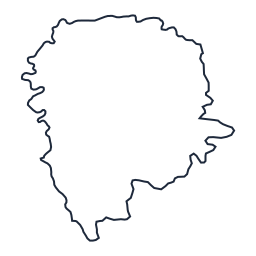 Byerazino, Minsk, Belarus (orthographic projection)
{"feature_id": "67162791B55727051267470", "entity_name": "Byerazino", "entity_type": "district", "adm_level": 2, "iso_a3": "BLR", "parent_name": "Belarus", "parent_adm1": "Minsk", "projection": "orthographic", "projection_center": [28.995, 53.791], "detail": "fine", "context": "isolated", "style": "outline", "palette": "slate", "viewbox_px": 256, "rotation_deg": 0, "n_neighbors": 0, "source": "geoboundaries", "source_scale": "gbopen_adm2", "svg_char_len": 3701}
<svg xmlns="http://www.w3.org/2000/svg" viewBox="0 0 256 256"><path d="M192.4,40.2L190.8,40.2L189.5,40.2L187.1,40.0L185.9,39.7L184.8,38.7L183.4,37.1L182.2,36.2L179.8,36.3L178.4,36.2L176.7,34.6L176.6,33.0L176.4,31.4L175.5,29.2L173.8,27.4L172.0,27.4L169.7,28.0L168.3,28.5L167.2,29.5L165.6,29.9L163.2,29.6L161.7,29.3L161.5,28.1L161.7,26.6L162.7,25.2L163.2,23.5L162.5,21.5L161.5,20.4L160.7,20.4L159.2,18.5L156.6,18.0L153.4,17.8L149.6,18.2L146.2,18.8L143.0,20.0L140.5,21.5L138.1,21.8L136.9,21.8L136.1,20.6L135.9,19.6L135.8,17.3L135.0,15.7L133.0,15.4L131.1,15.6L128.6,16.4L126.6,16.4L123.3,16.6L121.4,17.0L119.3,17.3L116.7,17.2L114.5,16.5L112.4,15.9L110.0,15.9L109.5,16.0L107.8,16.0L104.9,16.8L100.9,18.3L97.5,19.6L94.8,20.6L91.2,20.6L85.7,20.5L78.0,20.6L75.7,21.1L73.8,21.9L72.1,23.0L69.7,23.8L67.2,23.0L66.7,22.4L66.3,21.4L65.3,20.0L63.4,19.2L61.8,19.4L59.8,20.9L58.9,22.6L58.0,24.9L56.7,26.5L55.1,27.1L54.0,27.2L52.6,28.2L52.6,29.5L53.4,31.0L53.2,32.8L52.5,34.5L51.9,36.7L52.5,38.7L53.6,40.1L54.7,41.6L53.7,43.2L52.1,43.3L50.3,42.9L49.2,41.8L47.0,41.6L45.5,42.0L43.8,43.3L42.6,45.4L40.1,48.5L37.4,51.7L35.3,55.5L33.7,56.7L31.3,56.9L28.9,57.5L28.7,57.7L27.9,58.4L27.9,60.8L28.9,62.6L30.8,63.5L32.3,63.7L34.0,64.6L34.2,66.0L33.0,68.2L33.6,69.5L35.4,70.4L35.8,71.8L35.4,72.9L32.6,74.0L30.8,74.2L29.1,73.6L26.5,73.0L24.6,73.3L22.6,74.9L21.9,77.1L22.1,78.9L25.0,79.9L28.3,80.2L29.6,81.1L30.5,82.3L30.8,84.1L30.8,86.5L31.3,88.6L33.4,89.6L35.1,89.5L36.5,89.2L38.1,88.3L40.1,87.1L42.2,87.1L43.6,87.7L43.9,89.3L43.6,90.5L42.3,92.0L40.2,93.1L37.8,93.9L34.9,95.5L33.1,96.3L31.3,99.0L29.3,100.4L28.0,102.9L27.9,104.9L30.4,107.4L33.2,110.1L36.1,112.2L37.5,112.5L39.7,112.2L41.2,111.5L42.6,110.1L44.1,110.0L45.4,111.3L45.4,113.3L44.5,115.1L42.7,116.5L41.1,117.3L39.7,118.0L38.3,119.0L37.7,120.5L38.7,122.1L40.0,122.0L41.1,121.2L42.3,120.7L43.7,120.7L45.0,121.6L46.5,123.5L47.6,125.4L48.8,126.3L49.5,127.5L48.7,129.3L46.7,131.1L45.9,132.7L46.2,134.6L47.8,135.9L49.1,136.7L49.7,138.9L50.1,141.4L50.7,143.8L51.1,147.0L50.4,150.2L47.3,152.7L45.8,154.0L44.2,155.8L43.8,157.6L42.5,157.9L40.7,158.5L41.1,160.0L43.5,161.3L45.4,162.4L47.5,163.4L49.8,165.6L50.9,168.1L51.3,172.2L51.2,174.4L51.6,176.4L52.9,178.4L54.0,181.4L54.3,184.8L55.8,187.4L59.0,191.4L62.6,194.1L65.7,197.7L66.5,200.3L66.4,202.4L65.2,204.4L65.5,207.0L66.5,208.5L69.2,210.8L70.5,212.0L71.4,215.1L71.9,218.6L72.1,220.8L75.5,221.0L76.6,221.4L80.2,225.0L82.7,229.3L83.4,231.8L85.9,235.7L87.4,238.4L89.9,240.6L92.9,240.6L95.8,240.0L98.8,237.9L96.9,232.7L96.9,229.3L96.0,224.6L96.5,221.7L99.9,221.0L102.4,220.8L106.2,217.4L109.8,218.7L113.9,219.9L120.9,219.2L124.7,219.6L127.0,219.2L130.1,216.5L128.1,211.7L127.7,209.9L127.2,204.5L126.5,201.3L128.1,200.0L130.8,197.9L132.4,193.0L133.5,189.1L131.5,183.7L132.6,180.4L135.3,179.9L138.9,180.3L144.1,181.5L147.9,182.1L151.1,185.3L154.2,188.0L161.2,189.3L165.5,186.1L168.2,183.4L170.9,182.7L173.6,181.6L174.9,178.4L177.9,176.9L184.4,176.6L187.1,174.1L188.4,169.2L190.2,166.4L191.8,163.3L190.6,159.7L190.2,155.9L193.7,153.6L196.5,155.8L198.3,158.7L201.0,162.6L204.1,162.5L205.2,161.3L205.5,161.0L205.5,155.8L205.9,153.5L209.5,151.9L213.3,150.1L215.5,146.7L212.6,144.7L207.6,144.1L205.4,140.7L208.5,137.3L213.2,137.1L221.1,137.9L226.7,136.8L231.4,134.9L234.1,130.6L232.0,127.5L227.5,126.0L223.0,124.2L220.1,122.4L218.1,120.6L214.2,120.0L206.2,119.1L199.6,118.3L201.0,116.5L203.4,114.0L205.2,112.9L204.8,110.2L202.7,106.8L207.0,104.8L210.8,104.3L212.8,100.7L210.3,97.8L206.0,94.9L206.0,92.9L208.7,90.8L208.7,85.7L208.6,82.6L206.6,78.8L204.1,74.3L203.9,70.7L203.8,67.6L203.6,64.0L201.8,61.8L200.2,58.6L201.3,54.2L202.9,53.2L201.5,48.3L200.4,44.5L196.3,43.9L192.4,40.2Z" fill="none" stroke="#1e293b" stroke-width="2"/></svg>